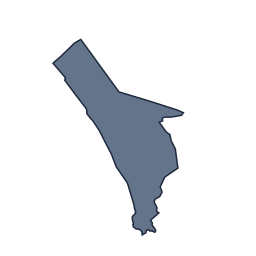 the district of Murgap, Mary, Turkmenistan, rotated 144°
{"feature_id": "10190150B75003432350729", "entity_name": "Murgap", "entity_type": "district", "adm_level": 2, "iso_a3": "TKM", "parent_name": "Turkmenistan", "parent_adm1": "Mary", "projection": "equal_earth", "projection_center": [61.783, 36.895], "detail": "fine", "context": "isolated", "style": "filled", "palette": "slate", "viewbox_px": 256, "rotation_deg": 144, "n_neighbors": 0, "source": "geoboundaries", "source_scale": "gbopen_adm2", "svg_char_len": 1416}
<svg xmlns="http://www.w3.org/2000/svg" viewBox="0 0 256 256"><g transform="rotate(144 128 128)"><path d="M77.4,113.3L94.8,137.1L114.1,162.5L114.1,173.8L114.1,203.7L114.1,215.7L114.1,227.4L118.5,227.9L121.8,228.1L131.7,226.6L136.8,226.0L139.6,225.5L147.5,224.8L150.6,224.4L149.1,205.9L149.5,205.6L149.4,204.8L151.1,203.9L150.9,185.5L150.4,167.9L152.9,163.5L152.6,157.0L152.2,154.9L152.7,143.0L154.7,130.6L156.7,117.1L160.1,104.3L160.3,103.6L160.8,84.4L161.0,83.7L161.0,83.3L168.1,63.0L169.8,59.5L171.4,55.0L171.9,55.1L172.2,54.5L176.3,53.9L177.9,52.2L180.1,47.0L180.8,47.0L181.8,44.9L181.2,43.0L180.8,41.7L180.5,41.4L178.8,39.6L178.7,39.5L178.4,38.9L177.8,38.0L177.8,37.8L177.8,35.8L179.3,33.2L179.1,33.2L175.2,32.7L173.2,34.3L171.2,33.7L171.1,33.3L171.0,32.0L169.1,30.6L169.0,30.3L167.6,27.9L167.4,27.9L166.9,28.0L165.6,29.0L165.5,34.1L165.6,35.3L164.3,36.6L164.2,36.8L164.0,39.9L164.0,40.1L154.9,41.0L153.7,41.1L152.9,41.2L153.6,43.1L153.9,43.8L151.4,46.5L150.3,52.9L147.8,54.5L142.7,53.9L138.1,56.1L137.1,59.6L136.7,61.1L136.6,61.4L127.0,66.7L113.8,66.3L111.2,66.2L103.6,80.3L102.0,83.3L101.5,86.5L100.5,92.4L100.3,92.8L97.9,98.3L98.0,98.5L98.9,100.5L99.1,101.6L99.3,102.4L99.4,103.2L99.4,114.1L99.4,114.4L97.9,114.0L95.8,113.4L95.3,114.6L94.8,115.5L94.6,115.5L92.3,115.5L87.2,111.8L79.8,108.0L78.4,107.4L77.5,106.9L74.2,107.8L74.3,108.0L77.4,113.3Z" fill="#64748b" stroke="#1e293b" stroke-width="1.5"/></g></svg>